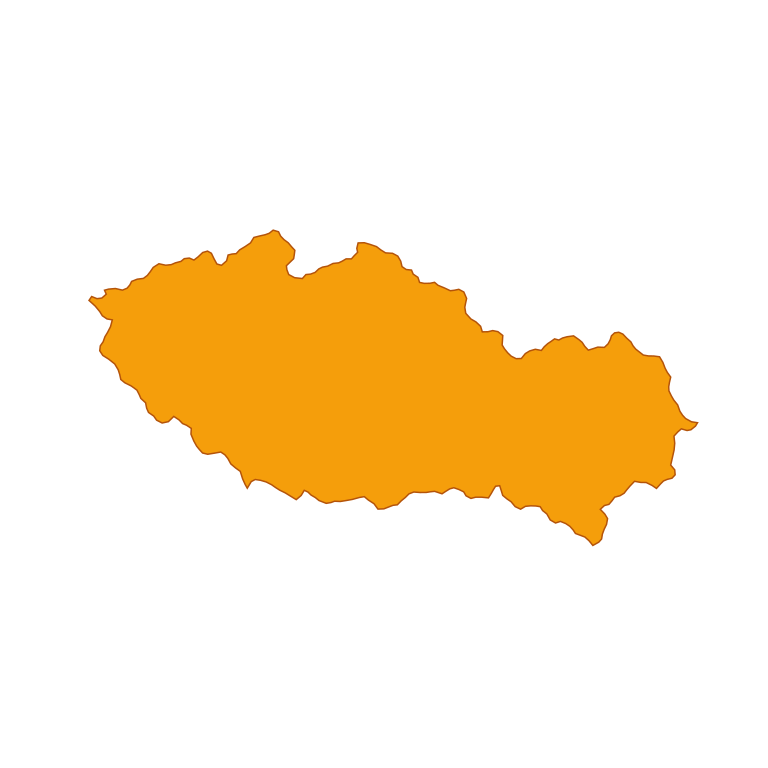 Aiuruoca, Minas Gerais, Brazil (orthographic projection), rotated 298°
{"feature_id": "56859067B43172679748433", "entity_name": "Aiuruoca", "entity_type": "district", "adm_level": 2, "iso_a3": "BRA", "parent_name": "Brazil", "parent_adm1": "Minas Gerais", "projection": "orthographic", "projection_center": [-44.641, -21.953], "detail": "fine", "context": "isolated", "style": "filled", "palette": "amber", "viewbox_px": 768, "rotation_deg": 298, "n_neighbors": 0, "source": "geoboundaries", "source_scale": "gbopen_adm2", "svg_char_len": 4121}
<svg xmlns="http://www.w3.org/2000/svg" viewBox="0 0 768 768"><g transform="rotate(298 384 384)"><path d="M324.0,84.8L319.3,84.3L317.2,92.5L314.5,99.0L312.0,103.3L311.4,108.9L313.1,114.0L306.2,115.6L299.8,115.7L294.7,115.4L289.4,116.2L284.5,115.6L279.9,117.4L277.2,122.3L276.7,129.1L275.3,136.8L271.8,142.6L268.3,146.2L264.4,149.5L263.4,154.6L263.6,161.7L262.6,168.7L259.6,173.0L257.1,176.1L255.5,182.3L251.2,185.8L248.3,189.5L247.6,195.7L245.3,200.2L245.4,206.4L249.5,211.3L256.7,213.6L256.1,219.8L254.5,224.7L254.9,229.1L254.3,234.7L249.1,237.1L244.4,242.8L241.2,247.7L239.5,251.7L237.9,256.2L239.2,261.3L243.6,267.1L247.3,271.8L246.8,276.7L245.0,281.0L241.5,286.3L240.2,292.3L239.4,298.1L233.8,303.8L230.1,308.6L227.8,312.2L235.5,312.6L239.2,315.1L241.0,320.2L242.2,326.0L242.3,332.0L241.7,336.7L241.3,341.8L241.5,347.9L241.1,354.2L240.7,360.8L246.7,363.2L252.7,363.5L252.9,367.6L251.7,371.7L251.5,376.6L250.6,381.3L251.5,389.0L254.4,392.8L257.3,395.4L259.7,400.5L263.5,405.5L267.2,410.2L272.2,415.5L275.3,419.5L274.2,424.6L273.6,431.4L270.7,437.4L273.7,442.5L278.0,446.2L281.1,448.9L283.6,452.5L289.0,454.1L293.8,456.1L298.7,457.6L302.6,461.0L305.1,466.7L308.0,472.1L310.5,475.4L313.0,479.1L314.3,486.8L318.0,488.8L322.3,491.3L325.2,494.4L326.0,499.6L326.2,505.0L323.8,508.9L323.8,514.5L327.1,518.1L329.9,523.4L332.5,529.7L337.8,530.1L342.3,530.2L346.1,530.5L348.5,533.9L345.3,537.2L341.4,541.1L340.3,546.4L339.7,551.5L337.3,557.4L337.6,563.4L342.4,566.3L345.3,570.7L347.6,575.4L349.0,579.5L346.7,583.5L345.7,588.8L342.0,594.6L341.8,600.7L345.5,604.3L346.1,610.0L345.6,614.9L343.9,619.6L341.9,623.2L342.6,628.5L343.2,633.2L341.9,638.5L339.5,644.2L345.2,647.9L349.3,648.9L354.0,647.3L359.1,646.6L364.5,646.4L370.1,644.6L372.8,640.1L374.9,633.8L380.2,635.7L383.3,639.1L387.7,640.1L392.4,640.8L396.1,644.8L400.3,647.3L404.4,648.0L409.4,649.1L415.7,650.9L417.7,657.1L420.1,661.7L420.3,668.3L419.7,673.6L425.7,675.1L429.6,676.3L432.7,678.8L436.0,682.5L440.5,683.7L444.7,681.0L447.0,675.2L451.1,674.1L456.2,672.7L462.0,671.1L468.2,668.5L474.1,664.5L479.6,665.9L484.0,667.6L485.2,673.4L487.7,676.5L493.1,678.8L497.0,679.0L495.0,673.2L495.1,666.5L496.6,662.2L498.9,658.0L503.4,653.1L505.8,647.5L508.4,643.3L511.7,638.8L515.2,636.7L519.4,635.3L524.7,633.9L527.2,628.8L529.9,624.8L534.0,620.1L537.4,614.5L535.3,608.9L533.0,604.5L531.3,599.4L532.1,594.8L533.0,589.8L534.7,585.8L537.1,582.2L538.4,576.9L540.2,571.5L539.9,567.0L537.4,563.6L533.3,562.2L529.3,563.0L524.7,563.0L519.8,561.4L516.9,555.4L513.1,551.8L509.8,548.5L511.5,543.6L513.8,539.4L514.7,535.3L515.5,528.8L511.7,523.5L508.5,520.1L504.9,517.7L503.9,513.4L500.2,511.6L496.5,509.6L492.1,508.0L487.5,507.2L485.7,501.3L481.6,497.1L477.2,494.5L471.0,493.3L468.4,488.8L468.3,483.3L469.6,478.6L471.6,473.9L473.9,470.0L477.5,468.4L482.6,466.1L483.7,460.0L482.2,454.9L478.9,451.2L476.2,446.3L480.3,442.2L482.0,436.0L482.2,430.2L484.8,423.0L489.7,419.3L494.0,418.0L498.3,416.8L502.7,411.3L502.7,405.6L499.8,402.1L497.5,398.8L497.2,392.5L496.5,385.4L497.5,380.9L494.5,377.3L491.7,372.2L490.4,367.7L494.1,363.9L494.7,358.2L497.5,354.8L495.5,349.8L496.1,344.8L500.3,341.1L503.4,336.1L503.4,330.2L500.5,323.8L500.9,318.2L501.8,312.9L500.7,306.1L499.5,300.3L496.4,294.9L491.0,296.3L487.9,298.9L483.4,297.5L479.2,296.5L476.7,291.8L472.8,289.4L469.7,287.1L466.5,282.4L461.6,278.9L458.3,274.8L455.0,272.4L450.2,270.8L446.5,267.5L444.0,263.7L438.8,262.4L435.9,255.2L435.9,248.5L439.3,244.6L442.6,242.3L447.3,243.8L452.2,245.4L456.0,244.1L460.2,242.5L461.8,237.9L463.7,233.2L464.5,228.0L466.0,223.4L468.9,219.4L467.8,213.9L463.2,211.9L460.0,209.0L456.4,204.8L452.3,200.3L445.9,199.9L440.2,196.9L434.7,193.6L429.7,192.3L427.4,188.8L424.7,185.8L418.9,187.2L412.5,184.8L411.5,180.1L414.8,175.1L418.4,170.2L418.5,165.8L415.0,162.2L408.8,160.1L404.2,158.0L403.8,153.0L400.9,148.8L397.0,147.2L393.0,142.9L389.5,140.1L386.4,135.5L384.5,128.8L378.6,125.5L373.4,124.9L368.8,124.1L364.3,122.0L360.7,116.9L356.1,113.0L352.2,113.1L348.0,112.2L344.1,109.0L342.2,102.0L338.5,96.3L335.6,93.2L332.9,96.6L327.4,94.5L324.6,90.5L324.0,84.8Z" fill="#f59e0b" stroke="#b45309" stroke-width="1.5"/></g></svg>